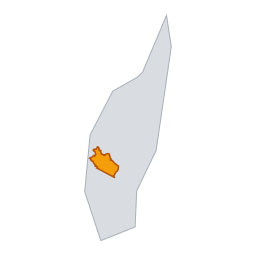 Ibobang, Ngatpang, Palau shown in context
{"feature_id": "81905179B30151450559542", "entity_name": "Ibobang", "entity_type": "district", "adm_level": 2, "iso_a3": "PLW", "parent_name": "Palau", "parent_adm1": "Ngatpang", "projection": "robinson", "projection_center": [134.529, 7.483], "detail": "fine", "context": "in_parent", "style": "filled", "palette": "amber", "viewbox_px": 256, "rotation_deg": 0, "n_neighbors": 0, "source": "geoboundaries", "source_scale": "gbopen_adm2", "svg_char_len": 3330}
<svg xmlns="http://www.w3.org/2000/svg" viewBox="0 0 256 256"><path d="M135.1,226.9L100.8,240.6L84.7,191.6L90.1,134.8L112.8,91.1L137.5,77.1L142.6,72.1L166.5,15.4L171.3,46.7L156.1,150.5L136.7,190.9L135.1,226.9Z" fill="#d9dde1" stroke="#a8b0b8" stroke-width="1"/><path d="M99.7,150.1L99.4,150.1L99.2,150.1L98.9,149.9L98.8,149.7L98.9,149.3L98.9,149.1L98.9,148.8L98.9,148.7L99.0,148.6L99.0,148.4L99.0,148.2L98.9,147.9L98.8,147.7L98.7,147.6L98.4,147.4L98.2,147.2L97.9,147.0L97.7,146.9L97.4,146.8L97.2,147.1L97.2,147.3L97.1,147.6L97.1,147.8L97.0,148.0L96.9,148.3L96.8,148.5L96.7,148.6L96.5,148.8L96.4,148.8L96.2,148.9L96.0,149.0L95.9,149.0L95.7,149.1L95.3,149.2L95.1,149.2L95.1,149.3L94.9,149.3L94.7,149.3L94.4,149.3L94.2,149.3L93.9,149.3L93.7,149.4L93.6,149.5L93.4,149.6L93.4,149.9L93.3,150.1L93.3,150.4L93.3,150.5L93.6,150.9L93.7,151.0L94.1,151.0L94.3,151.0L94.7,151.2L94.8,151.5L95.0,151.8L95.1,152.2L95.2,152.4L95.3,152.7L95.3,152.8L95.4,153.0L95.5,153.2L95.5,153.3L95.6,153.5L95.6,153.8L95.6,154.0L95.6,154.3L95.8,154.4L95.8,154.5L95.7,154.5L95.4,154.7L95.3,154.8L95.2,154.9L95.1,155.0L94.9,155.2L94.9,155.3L94.7,155.5L94.7,155.4L94.7,155.5L94.6,155.4L94.3,155.5L94.1,155.6L93.9,155.5L93.7,155.6L93.5,155.8L93.3,155.8L93.2,155.9L93.2,156.0L92.9,156.2L92.8,156.3L92.6,156.5L92.4,156.8L92.2,157.0L91.9,157.2L91.8,157.3L91.7,157.3L91.4,157.4L91.2,157.5L90.9,157.5L90.7,157.6L90.4,157.7L90.4,157.8L90.3,158.0L90.2,158.0L89.9,158.2L89.7,158.3L89.8,158.4L89.9,158.5L90.0,158.6L90.1,158.8L90.1,158.7L90.2,158.8L90.3,158.9L90.6,158.9L90.6,159.0L90.8,159.3L90.8,159.5L91.0,159.7L91.0,159.8L91.1,160.1L91.1,160.4L91.1,160.5L91.3,160.7L91.4,160.8L91.5,160.9L91.6,161.0L91.8,161.0L92.1,161.1L92.3,161.2L92.5,161.2L92.8,161.2L92.8,161.3L92.9,161.5L93.0,161.6L93.1,161.8L93.3,162.1L93.4,162.4L93.4,162.5L93.5,162.6L93.5,162.8L93.7,163.0L93.8,163.3L93.9,163.5L94.0,163.6L94.2,163.8L94.3,164.0L94.5,164.4L94.7,164.5L94.8,164.6L95.0,164.7L95.2,164.8L95.4,164.9L95.6,164.9L95.7,165.0L95.8,165.1L95.8,165.3L95.7,165.4L95.7,165.5L95.4,165.8L95.2,165.9L95.1,166.0L95.4,166.3L95.5,166.3L95.9,166.3L96.0,166.3L96.3,166.4L96.5,166.5L96.8,166.7L97.0,166.8L97.3,166.8L97.4,167.0L97.4,167.3L97.2,167.5L97.1,167.8L97.1,168.0L96.9,168.1L114.9,177.7L114.6,177.3L114.3,177.0L113.2,176.0L113.8,175.6L114.5,174.8L114.8,174.4L114.8,174.1L114.9,173.9L114.9,173.7L115.1,173.5L115.3,173.3L115.4,173.0L115.7,172.4L116.0,171.9L117.1,171.2L117.3,171.0L117.5,170.5L117.7,169.9L118.1,169.5L118.2,169.1L118.3,168.0L118.3,166.8L118.5,166.2L113.9,162.7L113.0,161.3L111.8,160.2L111.2,160.1L110.6,160.2L110.4,159.7L110.7,159.5L111.0,159.3L111.0,158.9L110.7,158.3L110.1,157.9L109.8,157.3L109.9,156.9L110.0,156.1L109.5,155.4L109.2,154.9L109.3,154.6L109.4,154.3L109.3,154.0L108.5,153.7L107.5,153.6L106.1,154.0L105.8,154.2L105.5,154.6L105.3,154.9L105.2,154.8L104.9,154.8L104.7,154.8L104.6,154.7L104.4,154.7L104.3,154.9L104.3,155.0L104.3,155.3L104.2,155.4L103.8,155.2L103.9,154.9L103.8,154.7L103.7,154.7L103.4,154.7L103.1,154.6L102.9,154.5L102.6,154.3L102.4,154.3L102.2,154.4L101.9,154.3L101.8,154.2L101.9,153.9L101.9,153.7L101.6,153.5L101.4,153.7L101.1,153.7L101.1,153.3L101.1,153.1L100.8,152.0L100.7,151.2L100.9,150.7L100.7,150.5L100.3,150.7L100.2,150.9L100.1,151.0L99.9,150.9L99.9,150.7L99.9,150.4L99.9,150.2L99.7,150.1Z" fill="#f59e0b" stroke="#b45309" stroke-width="1.5"/></svg>